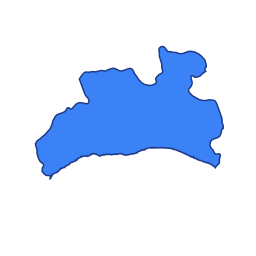 the district of Gaspar Hernández, Espaillat, Dominican Republic, rotated 160°
{"feature_id": "3306468B76468188202077", "entity_name": "Gaspar Hernández", "entity_type": "district", "adm_level": 2, "iso_a3": "DOM", "parent_name": "Dominican Republic", "parent_adm1": "Espaillat", "projection": "natural_earth1", "projection_center": [-70.259, 19.604], "detail": "fine", "context": "isolated", "style": "filled", "palette": "blue", "viewbox_px": 256, "rotation_deg": 160, "n_neighbors": 0, "source": "geoboundaries", "source_scale": "gbopen_adm2", "svg_char_len": 5653}
<svg xmlns="http://www.w3.org/2000/svg" viewBox="0 0 256 256"><g transform="rotate(160 128 128)"><path d="M157.0,190.6L156.9,174.4L156.5,172.5L155.4,169.8L155.2,168.4L155.4,166.6L156.4,165.3L157.4,164.8L158.6,164.9L164.0,168.1L165.2,168.4L166.8,168.5L168.9,168.1L174.2,165.2L174.9,165.2L175.5,165.5L176.5,167.0L177.6,167.6L178.6,167.3L180.8,165.5L182.0,165.0L184.2,164.7L189.1,164.8L190.8,164.5L192.4,163.7L196.1,160.4L198.5,156.9L201.5,153.9L208.8,149.9L211.9,149.0L214.3,147.9L217.5,147.1L220.2,145.1L220.7,143.5L221.0,138.6L222.2,134.9L222.5,130.4L222.1,126.9L221.5,125.7L220.1,123.6L219.8,122.5L220.0,121.8L220.3,121.2L221.9,120.0L222.3,119.4L223.3,117.4L223.5,116.7L223.2,115.6L222.4,113.3L221.5,111.9L220.2,111.0L217.2,109.8L218.6,107.0L218.2,107.0L218.2,107.4L217.7,107.4L217.5,108.0L216.6,108.4L216.6,108.8L216.2,108.8L215.8,109.5L215.3,109.7L215.1,110.1L214.8,109.9L214.5,110.3L213.8,110.3L213.8,110.5L213.3,110.5L210.6,110.7L210.4,110.5L210.0,110.7L209.6,111.0L209.2,111.0L209.2,110.9L208.2,111.0L208.0,111.4L207.4,111.6L207.1,112.0L205.9,112.2L205.9,112.4L205.1,112.6L205.1,112.8L204.8,112.6L203.4,112.8L203.4,113.0L202.7,113.0L202.7,112.8L201.6,113.0L201.6,112.8L201.1,112.6L201.1,112.8L200.8,112.8L200.6,113.1L199.7,113.3L199.7,113.5L197.1,113.7L197.1,113.9L196.1,113.9L196.1,114.1L194.8,114.3L194.5,114.9L193.5,115.0L192.3,115.0L192.3,114.9L191.8,114.9L191.8,115.0L191.3,115.0L188.6,115.0L187.9,115.2L187.9,115.4L187.7,115.2L186.8,115.4L186.6,115.8L186.1,115.8L186.0,116.2L185.0,116.4L185.0,116.6L182.3,116.6L182.0,117.0L182.0,116.8L179.2,116.8L179.2,116.6L178.7,116.6L178.6,116.8L178.6,116.6L178.1,116.6L177.8,116.2L176.8,116.2L176.3,115.6L176.0,115.6L176.0,115.2L174.9,115.2L173.1,115.2L172.8,115.6L172.1,115.6L172.1,115.8L171.5,115.8L171.5,116.0L171.2,116.1L170.5,116.2L170.4,115.8L169.4,115.8L169.1,115.4L168.6,115.4L168.6,115.2L167.8,115.0L167.6,114.7L167.3,114.7L167.1,114.3L166.8,114.3L166.5,113.7L166.2,113.7L165.5,112.8L164.6,111.6L164.2,111.6L164.1,111.2L163.6,111.2L163.6,111.4L161.8,111.4L161.8,111.6L160.9,111.6L160.7,111.4L160.7,111.6L160.4,111.6L160.4,111.4L160.1,111.4L160.1,111.2L159.6,111.2L159.3,110.9L158.8,110.9L158.8,110.7L157.3,110.8L157.3,110.7L157.0,110.7L156.8,110.3L156.0,110.1L156.0,109.9L154.4,109.9L154.4,109.7L153.9,109.5L153.6,108.9L152.7,108.8L152.3,108.4L149.3,108.0L149.3,107.8L148.3,107.6L148.3,107.4L147.7,107.4L147.7,107.2L147.0,107.0L147.0,106.9L144.1,106.7L143.8,106.3L143.3,106.3L142.8,105.7L142.2,105.5L141.9,104.9L141.2,104.8L140.7,104.0L139.8,103.6L139.8,103.4L138.3,103.2L137.8,103.0L137.8,102.9L137.2,103.0L136.9,102.7L136.1,102.7L134.9,102.7L134.1,102.5L134.1,102.3L131.6,102.1L131.6,101.9L130.6,101.9L130.6,101.7L130.1,101.7L128.2,101.5L128.0,101.9L127.2,101.9L127.2,102.1L124.0,102.5L124.0,102.3L123.0,102.5L123.0,102.3L121.4,102.3L121.4,102.1L120.5,102.1L120.5,102.3L119.2,102.3L119.2,102.1L119.0,102.3L113.9,102.1L113.9,101.9L112.9,101.5L112.9,101.3L112.3,101.3L112.3,101.1L111.8,101.1L111.8,100.9L111.1,100.9L110.2,100.6L110.2,100.4L109.7,100.6L109.5,100.2L108.9,100.0L108.9,99.8L107.6,99.8L107.1,99.2L105.8,99.0L105.5,98.7L104.0,98.5L104.0,98.3L103.6,98.3L103.2,97.9L102.3,97.7L101.9,97.3L101.3,97.3L101.1,96.9L100.3,96.9L99.9,96.8L99.7,96.4L98.6,96.2L97.9,95.8L97.6,95.4L97.1,95.4L96.8,95.0L95.8,94.8L95.4,94.3L94.7,94.3L94.7,94.1L94.1,93.9L93.4,92.9L92.9,92.9L92.5,92.4L92.1,92.4L92.0,92.0L91.0,91.6L90.2,90.7L89.6,90.5L89.4,90.1L89.1,90.1L88.6,89.5L88.6,89.1L87.8,88.9L87.1,88.0L86.8,88.0L86.7,87.6L86.3,87.6L86.0,87.0L85.7,87.0L85.2,86.1L84.6,85.9L83.9,84.9L83.6,84.9L83.0,84.0L82.6,84.0L82.5,83.6L82.3,83.6L82.3,83.2L81.8,83.2L80.4,81.3L80.1,81.3L79.4,80.6L79.4,80.2L79.1,80.2L78.9,79.8L78.6,79.8L78.5,79.2L78.0,79.0L77.6,78.5L77.0,78.5L76.5,78.8L76.5,77.7L76.4,77.7L76.4,77.3L76.0,76.9L75.6,76.9L75.4,76.6L75.1,76.2L74.7,76.2L74.4,75.6L73.8,75.4L73.8,75.0L72.8,73.9L72.5,73.9L71.9,73.1L70.9,72.7L70.6,72.4L70.2,72.4L68.8,70.6L68.5,70.6L68.1,70.1L67.5,69.9L67.3,69.5L66.7,69.3L66.4,68.7L65.6,68.6L65.6,68.2L64.9,68.0L64.3,67.2L64.0,67.2L63.3,66.3L63.0,66.3L62.7,65.7L61.7,64.7L61.7,64.4L61.1,63.8L61.1,63.4L60.6,63.2L60.4,62.5L59.5,61.3L59.5,60.9L57.5,62.3L55.1,63.2L54.2,63.9L53.8,64.5L52.8,67.3L50.9,70.1L50.6,70.8L50.5,71.6L51.1,72.6L54.0,73.2L54.9,73.9L55.3,75.1L55.7,78.0L56.9,81.7L56.9,83.5L56.7,84.4L55.5,86.4L54.6,87.3L53.0,88.2L51.3,88.4L46.8,88.3L44.7,88.9L43.6,89.8L42.4,91.2L40.2,94.8L39.0,94.8L38.3,95.6L37.9,97.3L37.5,101.6L36.8,103.5L36.4,105.3L36.3,120.5L36.7,122.9L37.3,124.0L38.2,124.8L41.3,126.4L42.4,126.8L46.5,127.4L50.0,129.3L51.8,130.8L56.3,136.1L58.1,139.9L58.5,141.6L58.2,142.8L57.5,143.8L54.4,145.6L52.6,147.7L52.0,149.4L51.7,153.5L51.4,154.2L50.7,155.0L50.1,155.2L49.4,155.0L48.8,154.3L47.9,152.9L47.2,152.5L44.7,152.1L42.1,152.4L39.2,153.7L35.5,154.7L35.9,155.8L35.7,156.9L35.3,157.5L33.6,158.6L33.2,159.3L32.9,160.8L32.5,165.1L33.2,167.4L34.9,171.3L36.2,173.3L38.8,176.1L39.9,177.0L43.0,178.7L44.2,179.1L45.9,179.3L51.3,179.3L53.0,179.6L54.2,180.2L57.2,182.7L59.7,183.6L61.2,184.8L63.9,185.9L64.6,186.4L65.7,190.4L66.5,191.9L67.8,192.9L69.9,193.0L71.3,192.2L72.2,190.9L73.0,187.4L74.0,184.6L74.4,176.7L75.6,173.0L75.9,170.0L76.3,168.8L76.8,168.2L77.5,168.0L81.0,167.5L84.4,165.7L85.1,164.9L85.4,164.3L85.3,162.2L85.5,161.6L86.5,160.5L88.6,160.1L91.8,160.2L93.1,160.6L96.5,162.5L97.9,163.7L99.4,165.5L101.5,170.1L102.2,173.7L103.1,176.0L103.5,179.9L103.8,181.4L104.8,182.7L105.8,183.4L107.2,183.6L112.7,183.6L115.0,183.9L116.5,184.8L120.1,188.5L121.7,189.3L124.9,189.6L130.3,189.3L132.3,190.7L133.4,191.2L139.1,191.8L142.0,193.1L145.7,193.8L148.8,195.1L150.3,194.9L153.4,193.3L157.0,190.6Z" fill="#3b82f6" stroke="#1e3a8a" stroke-width="1.5"/></g></svg>